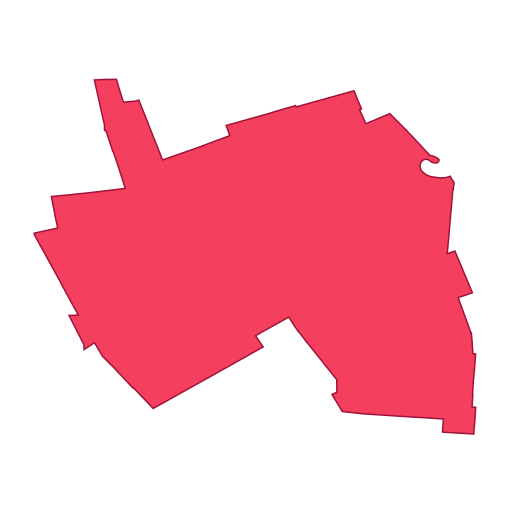 Scortaru Nou, Braila, Romania, rotated 181°
{"feature_id": "2599482B5642728949351", "entity_name": "Scortaru Nou", "entity_type": "district", "adm_level": 2, "iso_a3": "ROU", "parent_name": "Romania", "parent_adm1": "Braila", "projection": "equal_earth", "projection_center": [27.599, 45.348], "detail": "fine", "context": "isolated", "style": "filled", "palette": "rose", "viewbox_px": 512, "rotation_deg": 181, "n_neighbors": 0, "source": "geoboundaries", "source_scale": "gbopen_adm2", "svg_char_len": 2371}
<svg xmlns="http://www.w3.org/2000/svg" viewBox="0 0 512 512"><g transform="rotate(181 256 256)"><path d="M420.7,429.2L415.7,408.8L413.9,401.1L409.8,384.4L409.7,383.4L409.8,380.1L409.5,379.2L409.2,378.8L408.8,378.5L408.4,378.5L408.3,378.4L408.2,378.3L408.0,378.2L407.9,377.9L401.1,358.3L400.8,358.0L400.6,357.8L395.4,343.4L387.9,321.3L404.2,319.0L421.1,316.7L426.7,316.0L445.8,313.7L458.2,312.3L461.6,311.9L457.3,291.4L456.9,289.7L454.8,280.5L478.1,275.0L478.3,274.6L477.6,272.7L462.6,246.6L454.8,233.0L449.8,224.3L449.4,223.6L449.3,223.1L446.2,217.6L439.4,205.7L432.6,193.8L441.9,193.3L426.5,164.3L426.3,159.4L416.3,166.3L415.6,165.9L407.6,152.9L395.4,141.1L391.7,137.2L377.1,122.2L376.6,121.7L375.9,121.8L356.5,102.1L356.1,101.8L287.8,141.5L247.3,165.2L255.1,176.3L222.2,195.5L214.8,184.5L214.6,184.3L212.5,181.4L212.4,181.5L205.8,173.3L195.2,160.5L195.1,160.3L186.0,149.4L185.8,149.1L173.1,133.8L172.7,121.2L177.6,118.9L167.0,102.0L150.3,100.4L149.2,100.3L148.6,100.2L142.8,99.9L119.3,98.8L105.9,98.1L92.4,97.5L90.5,97.5L86.2,97.3L65.8,96.3L66.5,83.4L65.9,83.1L35.2,81.8L35.0,85.4L34.3,95.2L33.7,108.6L37.3,108.7L36.8,121.6L37.0,122.2L36.5,135.3L36.4,135.6L35.5,148.5L34.7,161.9L37.4,162.0L38.3,172.2L38.3,173.2L39.4,182.9L39.7,182.8L48.5,205.8L51.1,212.6L52.5,216.3L53.2,218.0L49.0,219.4L39.0,223.0L41.7,229.1L47.9,243.2L48.7,245.1L53.7,256.4L57.2,264.4L60.3,263.3L64.8,261.6L63.8,275.5L62.7,291.3L60.7,320.3L60.4,325.5L60.0,325.5L59.2,332.6L59.4,333.2L62.7,337.9L63.1,339.1L67.6,337.7L72.9,337.3L75.4,337.5L80.5,338.1L83.3,338.6L86.5,339.8L88.4,341.0L89.8,342.1L91.3,343.4L91.8,343.9L92.2,344.4L93.4,347.0L93.6,349.4L92.8,352.1L91.9,353.8L89.7,355.3L88.4,355.6L86.5,355.6L84.6,354.9L83.3,353.8L82.3,353.0L80.5,352.4L78.3,352.1L76.5,352.4L75.3,353.3L74.8,354.1L74.6,355.3L75.7,356.5L77.7,357.7L79.1,358.4L80.6,359.0L82.0,359.3L84.5,359.5L84.4,360.3L87.8,363.7L99.5,375.8L102.4,378.9L105.3,381.5L106.1,382.5L108.4,385.0L109.0,385.3L109.6,386.0L124.7,400.7L124.9,400.6L129.9,398.4L148.4,390.2L155.0,404.2L153.1,404.8L153.2,405.1L157.1,414.0L160.9,422.9L182.5,416.5L218.4,405.8L219.1,407.1L243.5,399.5L243.6,399.3L261.4,394.0L288.1,386.0L284.3,375.9L317.9,362.7L351.1,350.4L366.2,386.6L366.8,388.2L375.9,409.9L379.7,408.7L391.3,407.5L396.2,422.5L397.2,425.8L398.6,430.2L408.8,429.9L410.1,429.9L420.7,429.2Z" fill="#f43f5e" stroke="#9f1239" stroke-width="1.5"/></g></svg>